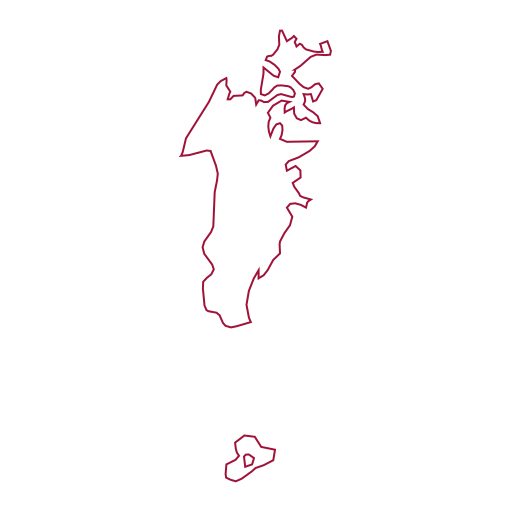 map outline of Musandam (Mercator projection)
{"feature_id": "OMN-2425", "entity_name": "Musandam", "entity_type": "Province", "adm_level": 1, "iso_a3": "OMN", "parent_name": "Oman", "parent_adm1": "", "projection": "mercator", "projection_center": [56.333, 25.799], "detail": "fine", "context": "isolated", "style": "outline", "palette": "rose", "viewbox_px": 512, "rotation_deg": 0, "n_neighbors": 0, "source": "natural_earth", "source_scale": "10m", "svg_char_len": 2860}
<svg xmlns="http://www.w3.org/2000/svg" viewBox="0 0 512 512"><path d="M207.1,310.5L206.5,310.1L204.5,305.5L202.9,288.4L203.2,281.8L206.9,277.8L211.3,274.3L213.8,269.3L212.2,264.6L204.2,253.7L202.6,247.2L204.3,241.5L211.0,232.1L213.3,226.5L214.7,192.1L217.0,180.7L217.8,173.7L216.0,165.8L210.6,151.0L206.7,150.5L189.1,155.1L181.1,155.8L181.2,155.7L182.7,152.1L186.0,138.3L208.9,101.9L217.2,84.6L220.7,81.1L226.3,78.1L226.6,80.2L226.3,85.4L230.3,91.7L229.3,93.8L227.7,99.3L230.3,99.3L233.6,95.9L242.6,95.4L244.4,92.9L246.5,91.8L251.1,93.5L255.2,97.8L256.2,104.6L258.7,100.3L261.0,100.5L264.0,102.1L268.0,101.9L277.4,95.0L281.1,94.1L291.6,97.0L293.9,96.7L294.9,93.4L293.3,90.0L290.6,87.3L288.2,86.2L281.4,85.4L277.2,85.6L274.2,87.5L272.2,89.9L268.8,93.3L264.8,95.4L260.9,94.1L260.8,89.8L263.5,73.6L263.5,67.5L273.6,75.7L278.2,77.3L280.0,71.7L278.4,68.7L274.5,64.8L269.7,61.5L265.7,60.1L267.1,56.6L269.1,55.9L271.2,55.9L273.2,54.6L277.4,49.4L279.3,44.8L278.9,36.4L280.0,30.7L282.1,30.7L286.9,41.2L292.2,37.7L293.9,36.0L296.5,38.8L294.9,41.7L294.8,42.7L295.5,43.7L296.5,46.5L299.8,43.8L301.8,44.7L303.5,47.3L306.0,49.4L314.0,51.6L318.2,52.0L322.7,51.8L321.9,50.0L320.8,45.6L320.1,43.9L327.4,41.2L330.9,50.9L330.1,54.7L325.3,55.1L316.5,54.6L310.8,56.8L300.4,65.9L294.7,69.7L295.1,69.7L295.0,71.9L292.0,75.9L299.7,84.0L303.7,87.2L308.3,88.8L311.5,87.2L315.1,84.2L318.8,83.4L322.7,88.8L316.3,100.2L313.1,101.5L310.9,94.1L307.4,94.5L303.6,94.1L304.9,97.9L305.2,100.3L304.7,102.3L303.6,104.6L307.9,109.1L313.1,112.2L317.7,116.2L320.1,123.2L316.0,123.1L312.3,122.2L309.0,120.4L306.0,117.7L301.0,120.1L296.8,118.3L294.2,113.7L293.9,107.4L291.9,108.7L286.7,111.2L284.7,112.5L284.6,108.3L285.2,105.2L286.9,103.1L289.5,101.9L281.6,100.6L273.0,105.7L267.9,112.8L270.4,117.7L268.7,121.8L268.3,126.5L268.9,131.5L270.4,136.3L273.4,128.6L276.3,124.4L280.0,123.2L282.2,125.6L282.5,130.1L281.6,135.1L280.0,138.9L286.8,141.8L317.7,141.3L314.7,146.4L309.5,151.0L298.8,157.3L288.8,161.1L285.7,164.6L286.9,170.7L295.6,166.0L300.4,170.4L300.6,177.5L292.7,182.9L294.3,186.8L298.8,193.1L300.2,195.9L303.3,197.4L310.9,199.5L308.2,201.3L307.2,202.6L306.0,207.6L300.9,204.9L295.2,203.3L290.2,203.9L286.9,207.6L292.3,216.7L290.0,225.2L284.3,233.3L280.0,241.5L279.6,244.3L280.0,253.4L273.2,260.0L267.5,270.4L263.6,275.3L258.6,278.3L258.6,270.2L253.8,278.4L248.9,290.8L246.5,304.8L248.9,317.6L250.8,322.1L236.4,326.3L230.9,327.4L225.5,325.8L223.0,323.0L219.6,315.3L216.5,312.7L208.4,311.2L207.1,310.5ZM275.0,449.7L273.3,460.2L263.7,465.2L255.6,468.0L251.7,471.5L241.5,478.8L235.8,481.3L230.4,479.7L226.1,477.6L225.8,475.4L225.6,473.9L226.4,464.4L235.6,459.8L239.0,455.8L236.9,452.6L235.8,448.8L235.1,442.6L244.4,435.5L254.8,436.8L261.2,446.9L275.0,449.7ZM245.2,466.8L252.1,464.4L254.0,458.1L248.9,454.5L245.9,454.6L244.0,456.5L245.2,466.8Z" fill="none" stroke="#9f1239" stroke-width="2"/></svg>